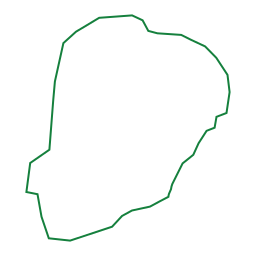 Kérouané, Natural Earth projection
{"feature_id": "GIN-5642", "entity_name": "Kérouané", "entity_type": "Prefecture", "adm_level": 1, "iso_a3": "GIN", "parent_name": "Guinea", "parent_adm1": "", "projection": "natural_earth1", "projection_center": [-8.86, 9.325], "detail": "fine", "context": "isolated", "style": "outline", "palette": "green", "viewbox_px": 256, "rotation_deg": 0, "n_neighbors": 0, "source": "natural_earth", "source_scale": "10m", "svg_char_len": 592}
<svg xmlns="http://www.w3.org/2000/svg" viewBox="0 0 256 256"><path d="M26.4,192.0L30.2,163.0L49.4,149.7L53.2,100.6L54.9,81.5L63.4,43.1L76.0,31.7L99.2,17.8L132.1,15.4L142.6,20.3L148.3,30.9L157.4,33.3L181.2,34.9L191.0,39.8L205.1,46.4L216.3,57.8L227.5,74.9L229.6,92.1L226.5,113.0L216.5,116.8L214.6,127.7L206.6,130.8L198.6,143.2L193.3,154.8L182.6,163.4L172.3,184.0L171.5,186.5L171.0,189.2L169.0,193.8L168.6,195.3L168.4,196.8L160.0,201.2L150.0,206.6L132.0,210.5L122.1,215.9L112.1,226.7L70.1,240.6L48.8,238.3L41.5,216.7L37.5,194.2L26.4,192.0Z" fill="none" stroke="#15803d" stroke-width="2"/></svg>